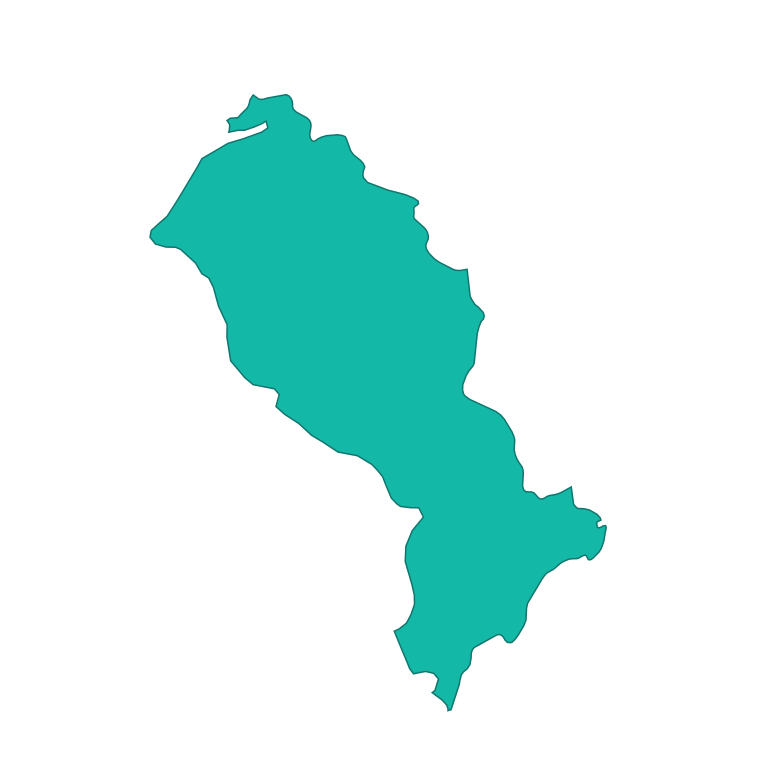 map outline of Nicosia (orthographic projection), rotated 240°
{"feature_id": "CYP-3464", "entity_name": "Nicosia", "entity_type": "District", "adm_level": 1, "iso_a3": "CYP", "parent_name": "Cyprus", "parent_adm1": "", "projection": "orthographic", "projection_center": [33.02, 35.04], "detail": "fine", "context": "isolated", "style": "filled", "palette": "teal", "viewbox_px": 768, "rotation_deg": 240, "n_neighbors": 0, "source": "natural_earth", "source_scale": "10m", "svg_char_len": 3441}
<svg xmlns="http://www.w3.org/2000/svg" viewBox="0 0 768 768"><g transform="rotate(240 384 384)"><path d="M628.1,254.7L633.3,259.2L635.4,268.6L637.6,279.9L645.7,295.6L653.0,308.9L665.6,331.5L670.2,339.0L670.3,353.5L670.4,369.2L666.8,384.4L663.3,403.9L663.8,411.4L670.6,413.3L670.5,408.3L671.5,400.1L673.5,390.0L676.7,384.4L679.7,375.4L680.9,376.7L685.7,380.1L690.7,379.8L691.0,383.8L687.7,390.5L689.1,394.8L691.3,403.3L692.6,405.6L694.6,407.8L697.0,409.9L698.8,413.3L699.5,414.7L699.6,415.3L693.4,418.0L691.9,419.9L690.8,422.2L689.9,426.1L683.5,443.9L681.0,445.7L678.1,446.3L675.1,446.0L672.3,444.9L670.1,443.5L667.2,442.9L663.4,444.0L653.2,450.2L649.6,451.3L646.6,451.0L643.9,449.8L638.1,445.1L636.3,444.0L633.9,443.2L630.6,443.3L629.4,444.4L628.9,446.1L629.3,448.6L629.1,452.9L627.8,458.4L623.0,468.5L620.0,472.2L617.5,474.1L614.8,473.9L602.3,471.7L597.5,472.3L589.6,475.4L585.1,476.3L581.7,475.9L578.3,472.2L575.9,470.4L572.8,469.4L566.8,470.5L550.4,483.9L537.0,497.4L530.1,502.7L525.3,505.0L523.0,504.1L522.4,502.1L522.3,500.0L521.8,498.2L520.5,497.3L516.7,495.3L514.7,493.7L512.2,492.8L498.8,497.1L495.8,497.5L492.6,497.2L489.9,496.3L487.5,494.8L484.4,490.7L482.3,489.0L478.9,488.2L474.7,488.3L467.1,490.2L461.5,492.9L449.1,500.9L446.8,502.8L445.2,505.1L444.1,507.0L441.8,513.3L417.0,502.5L413.0,502.2L407.3,502.5L403.3,504.2L396.1,505.7L392.6,504.7L390.5,502.6L389.7,499.7L386.5,495.4L381.2,490.1L357.0,472.5L355.7,471.0L355.0,469.7L354.2,467.5L352.7,463.8L350.1,459.2L343.9,451.8L339.4,449.0L335.3,447.9L332.4,448.4L327.4,450.8L304.3,467.1L298.9,469.5L293.1,470.6L278.8,470.9L274.3,470.4L270.3,469.3L261.9,463.8L257.7,462.4L253.3,461.7L249.0,461.6L243.3,462.1L239.7,461.3L236.2,459.5L226.3,452.9L222.5,452.1L219.7,453.0L216.8,457.7L214.8,459.4L212.0,460.1L209.0,460.6L206.5,461.6L205.3,463.6L205.0,466.1L205.1,468.9L204.6,471.8L202.5,477.3L201.8,480.4L201.4,483.6L201.2,494.7L185.2,488.1L182.3,488.5L179.1,489.6L177.8,492.1L175.5,495.4L172.2,498.9L164.6,503.3L160.1,504.3L157.6,503.8L157.7,502.3L158.1,500.6L157.7,498.9L153.7,497.2L151.9,498.1L151.5,500.2L151.6,502.6L150.6,505.1L148.9,504.8L147.1,503.5L145.2,501.7L137.9,495.7L134.5,491.8L132.4,489.0L130.9,486.1L128.7,478.0L128.5,475.4L128.8,474.3L129.8,473.1L133.8,473.4L135.3,472.6L135.8,470.6L135.9,465.8L136.3,463.8L138.7,459.3L139.8,456.6L140.3,453.2L140.6,449.8L140.4,446.6L139.2,440.8L138.8,437.9L138.9,430.6L137.8,427.1L135.8,422.8L122.2,398.6L118.5,395.3L108.5,388.9L104.6,383.9L99.3,374.5L97.2,369.5L96.3,365.5L97.3,363.2L98.9,361.5L101.7,360.8L104.6,360.8L107.4,360.3L109.4,358.7L110.3,356.1L110.7,330.2L109.4,327.2L106.8,324.7L103.3,322.5L98.1,318.2L95.9,314.1L94.9,308.7L93.5,305.7L89.6,301.7L86.3,299.1L68.4,279.2L69.2,276.1L70.3,276.9L74.6,277.8L81.3,276.3L92.6,271.4L93.1,274.9L101.3,283.7L108.6,282.4L114.3,276.2L117.4,267.4L118.2,264.7L124.6,263.9L130.8,264.8L151.7,267.5L164.8,269.3L164.3,274.4L165.7,284.0L170.8,292.1L178.0,300.3L186.2,304.8L196.6,308.0L219.8,313.7L232.6,321.9L242.9,335.2L249.0,351.6L259.4,352.2L263.5,345.3L269.7,337.1L273.8,335.2L281.6,333.3L297.0,335.3L304.2,336.5L311.9,335.3L320.2,333.4L335.2,325.1L348.1,310.1L364.5,301.9L375.8,295.6L392.3,290.5L407.2,282.9L418.5,279.2L427.3,288.0L434.6,286.7L448.9,270.3L459.2,266.6L480.8,262.8L503.1,271.4L513.8,277.8L534.0,279.6L553.0,284.6L563.4,285.2L570.6,281.4L582.9,281.3L602.4,275.1L606.6,271.9L611.6,263.7L619.4,256.1L628.1,254.7Z" fill="#14b8a6" stroke="#0f766e" stroke-width="1.5"/></g></svg>